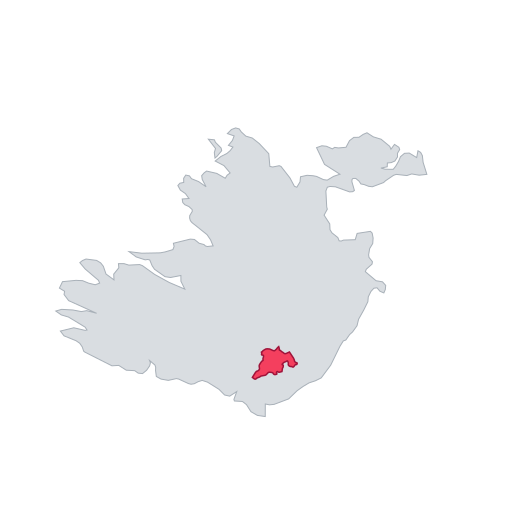 Ireland, with Carlow highlighted, rotated 41°
{"feature_id": "IRL-77", "entity_name": "Carlow", "entity_type": "County", "adm_level": 1, "iso_a3": "IRL", "parent_name": "Ireland", "parent_adm1": "", "projection": "orthographic", "projection_center": [-6.775, 52.691], "detail": "fine", "context": "in_parent", "style": "filled", "palette": "rose", "viewbox_px": 512, "rotation_deg": 41, "n_neighbors": 0, "source": "natural_earth", "source_scale": "10m", "svg_char_len": 5879}
<svg xmlns="http://www.w3.org/2000/svg" viewBox="0 0 512 512"><g transform="rotate(41 256 256)"><path d="M317.1,96.3L308.3,102.4L306.9,104.8L304.4,114.2L304.1,116.9L298.4,127.4L295.3,129.5L290.6,131.2L287.9,132.8L284.6,131.9L280.4,132.0L278.3,133.9L278.3,135.3L279.6,137.0L287.3,142.0L286.8,144.0L284.6,146.2L270.5,151.7L266.2,155.0L264.7,157.3L266.1,161.1L277.2,172.6L279.1,173.9L280.6,180.5L290.6,183.4L294.6,187.6L298.1,188.7L305.7,188.4L308.8,190.0L310.5,188.8L311.6,186.6L320.2,178.6L317.5,172.6L326.2,162.3L328.6,162.5L332.6,165.6L335.9,170.0L336.9,175.8L340.1,181.1L342.1,182.9L347.6,183.9L348.9,186.0L347.9,193.6L348.8,196.1L362.8,195.9L368.4,192.5L373.2,193.1L375.6,196.5L376.7,200.0L372.6,201.3L368.2,200.6L366.1,203.0L366.0,207.4L367.5,213.1L370.4,217.1L372.8,226.2L374.9,236.4L378.0,242.4L378.7,250.0L378.2,253.8L378.9,260.5L377.6,262.8L378.6,269.1L384.0,289.4L385.2,305.2L382.7,311.2L379.3,316.9L377.1,323.6L375.4,330.8L374.4,342.4L367.0,356.1L363.8,359.5L360.1,361.6L368.3,371.1L361.6,375.4L354.3,376.8L346.3,374.4L341.2,374.7L334.8,379.6L333.4,378.7L330.4,370.9L328.1,379.0L323.5,381.5L315.5,380.9L302.2,383.0L297.0,385.2L294.8,388.8L293.2,392.9L291.1,395.4L288.7,396.6L278.4,399.6L276.3,400.8L271.4,407.4L265.1,411.2L259.8,412.3L255.3,408.3L253.4,405.9L251.3,404.6L244.2,404.7L246.4,405.9L247.8,408.7L248.4,414.0L247.5,419.2L243.9,421.7L239.7,422.1L233.0,427.3L224.2,428.6L219.3,433.4L190.0,440.8L188.4,440.9L184.5,438.6L180.2,437.5L175.8,438.0L163.5,442.2L157.6,441.0L165.6,429.7L175.9,424.2L177.0,422.7L173.7,421.8L154.5,425.1L147.7,428.2L141.0,428.9L144.3,423.8L153.2,416.9L160.7,412.5L164.1,408.3L173.3,403.8L143.9,412.6L136.4,411.0L134.7,408.2L128.7,409.2L126.8,402.3L136.1,392.5L141.3,388.4L147.5,386.3L153.5,383.2L155.8,379.1L153.1,377.7L135.7,377.9L127.4,376.6L128.0,373.3L129.7,369.8L138.6,363.9L143.3,363.1L147.5,363.9L154.6,368.0L164.5,367.2L160.5,363.0L160.2,354.9L157.2,352.0L161.3,348.4L166.0,346.3L173.8,338.8L176.6,337.8L191.6,336.4L207.9,332.9L224.0,327.7L215.9,324.3L212.1,320.0L205.6,328.3L200.9,331.3L188.1,332.6L184.0,331.5L178.4,328.7L176.6,329.6L174.9,331.6L166.2,335.3L157.3,336.0L168.0,328.8L181.6,316.5L184.7,312.6L189.1,305.7L187.9,302.5L185.3,300.6L195.3,286.4L198.7,283.9L204.7,283.7L209.2,281.5L211.2,281.6L213.0,280.8L217.0,276.5L211.1,273.6L205.0,272.0L185.8,272.8L183.3,272.4L181.0,270.9L179.5,269.0L178.6,264.0L177.2,262.8L172.9,262.7L168.6,264.0L165.7,263.7L162.9,261.4L167.7,256.6L161.8,255.2L155.7,255.9L150.8,254.1L150.8,251.0L153.2,247.9L150.4,244.8L149.9,241.0L153.2,239.2L156.6,240.0L163.8,237.5L172.9,236.5L165.2,233.5L162.3,231.0L162.3,227.3L163.0,224.3L172.2,219.4L181.8,217.5L181.2,214.0L182.0,210.3L172.5,208.8L162.9,211.1L164.2,204.0L166.8,197.6L167.4,193.4L167.1,188.9L162.6,190.6L162.4,184.2L160.7,179.7L154.1,182.4L154.5,176.6L156.6,172.7L160.0,171.1L163.4,172.0L169.7,172.2L175.8,169.4L184.6,169.0L198.5,170.4L207.7,179.3L210.2,177.9L214.3,172.6L216.1,172.0L230.4,174.8L239.3,178.2L241.7,177.3L240.6,171.2L237.6,167.0L241.6,161.6L246.4,158.0L249.5,156.2L256.8,154.1L260.0,152.0L262.3,145.0L265.7,139.2L247.6,141.9L230.6,134.5L233.4,129.6L237.1,127.0L243.4,125.0L244.1,122.4L247.3,120.4L252.6,114.9L250.9,107.6L252.0,102.3L255.8,98.9L257.1,93.9L258.9,90.2L266.4,89.1L273.8,85.8L285.0,85.5L287.8,86.9L287.3,80.9L292.5,80.2L294.6,81.4L295.4,85.7L297.8,88.4L298.5,93.2L296.8,96.8L294.1,99.6L296.5,102.6L292.6,107.7L296.8,105.6L302.7,100.5L302.5,96.3L301.5,91.1L299.9,86.3L300.7,81.1L304.1,77.8L312.7,76.3L309.2,70.3L312.3,69.8L315.7,71.1L320.7,75.7L331.4,82.3L326.1,88.0L319.7,91.9L317.1,96.3ZM161.2,206.2L160.8,209.0L156.7,205.3L154.9,201.4L143.4,199.1L148.4,195.6L150.7,196.8L158.8,197.4L161.0,199.0L161.2,206.2Z" fill="#d9dde1" stroke="#a8b0b8" stroke-width="1"/><path d="M337.8,311.4L339.4,311.1L341.3,311.0L341.8,310.8L342.3,310.4L342.9,309.4L344.2,306.5L351.4,308.5L353.4,309.5L353.9,310.0L354.8,310.3L355.2,310.3L355.6,310.3L356.0,310.2L356.3,310.0L356.8,309.7L357.1,309.8L357.3,309.9L357.6,310.1L357.7,310.4L357.9,310.8L357.9,311.2L357.8,311.4L357.6,311.5L357.3,311.6L357.1,311.8L357.0,312.0L357.0,312.4L357.1,314.4L357.1,314.8L357.0,315.2L356.9,315.5L356.6,315.7L355.4,316.1L354.9,316.5L354.4,316.9L353.8,317.1L353.5,317.2L352.7,317.2L352.0,317.1L351.7,316.9L351.5,316.7L351.3,316.4L350.9,315.9L350.7,315.7L350.5,315.4L349.1,314.7L348.8,314.6L348.5,314.6L348.3,314.9L348.1,315.2L347.9,315.9L347.3,317.1L347.0,317.7L346.8,318.4L346.8,318.9L346.7,319.5L346.7,320.3L346.9,320.7L347.1,320.8L347.7,320.5L348.0,320.5L348.5,320.8L349.3,321.9L349.5,322.5L349.6,323.3L349.8,323.7L350.1,324.1L350.3,324.4L351.4,326.2L349.9,328.4L349.0,329.0L348.0,329.1L347.8,329.4L347.7,329.7L347.7,330.1L347.8,330.4L348.0,330.6L348.2,330.8L348.7,331.0L348.9,331.1L349.1,331.3L349.2,331.6L348.9,332.1L348.4,332.8L348.0,333.2L347.6,333.4L347.3,333.5L346.9,333.5L346.5,333.5L345.5,333.2L344.8,333.3L344.1,333.7L342.6,334.7L342.0,335.3L341.7,335.9L341.6,338.4L341.5,339.3L341.1,340.1L338.7,343.1L338.4,343.7L338.3,344.3L338.1,345.0L337.0,347.0L336.8,347.6L336.6,348.8L336.4,349.2L336.2,349.5L335.6,349.8L335.3,349.9L332.9,350.0L332.0,344.3L332.0,342.7L332.6,341.9L332.7,341.6L332.8,341.2L333.0,340.0L332.9,339.6L332.8,339.1L332.3,338.5L330.7,337.1L330.3,336.6L330.0,336.0L329.9,335.4L329.7,334.6L329.5,332.8L329.4,331.9L329.5,331.3L329.6,330.9L329.8,330.5L329.8,330.2L329.5,329.8L329.0,329.4L328.6,328.9L327.8,327.2L327.5,326.8L327.2,326.4L326.9,326.3L326.5,326.2L326.2,326.3L325.5,326.8L325.2,326.9L324.9,326.8L324.6,326.5L324.3,325.9L324.1,325.6L323.8,325.4L323.2,325.1L323.1,324.9L323.3,324.5L323.5,324.1L323.4,322.9L323.6,322.2L324.0,320.9L324.5,319.6L325.7,318.4L327.4,317.2L331.1,316.1L331.7,315.7L332.2,315.3L332.4,313.7L332.5,313.3L332.4,310.8L332.6,309.5L333.9,310.3L334.4,310.7L334.8,311.2L335.0,311.4L335.3,311.6L335.5,311.7L336.0,311.5L336.4,311.2L337.8,311.4Z" fill="#f43f5e" stroke="#9f1239" stroke-width="1.5"/></g></svg>